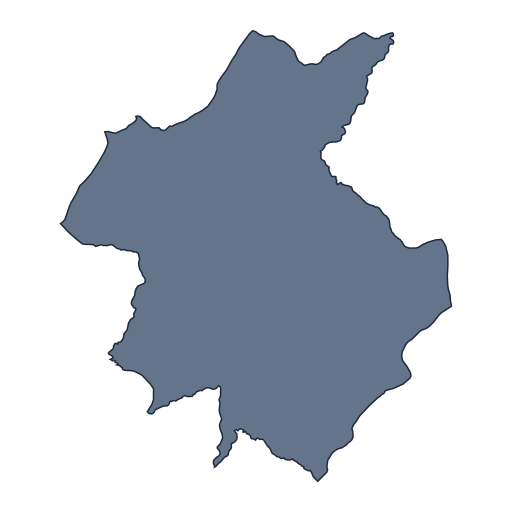 the district of Páez, Boyacá, Colombia
{"feature_id": "7082276B49287929101879", "entity_name": "Páez", "entity_type": "district", "adm_level": 2, "iso_a3": "COL", "parent_name": "Colombia", "parent_adm1": "Boyacá", "projection": "mercator", "projection_center": [-73.017, 5.095], "detail": "fine", "context": "isolated", "style": "filled", "palette": "slate", "viewbox_px": 512, "rotation_deg": 0, "n_neighbors": 0, "source": "geoboundaries", "source_scale": "gbopen_adm2", "svg_char_len": 6019}
<svg xmlns="http://www.w3.org/2000/svg" viewBox="0 0 512 512"><path d="M60.5,223.6L68.4,232.0L76.9,239.6L82.5,243.9L84.8,244.3L93.3,244.6L95.7,246.4L100.9,244.8L102.0,244.8L103.2,245.6L105.6,245.3L106.6,245.7L110.4,244.7L111.6,244.7L113.5,245.6L117.0,248.4L119.9,249.0L120.8,250.0L124.4,249.6L126.7,250.6L131.0,250.8L132.0,251.0L133.0,251.9L136.0,252.0L138.3,253.3L139.6,258.8L138.6,263.4L139.1,266.6L140.0,269.8L141.9,272.9L142.4,275.0L145.2,278.9L145.0,282.4L143.9,283.4L138.0,286.0L136.1,288.7L135.0,292.1L134.7,295.5L131.8,300.7L131.3,303.2L131.7,304.5L133.3,306.9L134.3,308.0L135.4,308.3L136.0,309.4L134.0,313.1L133.7,313.9L134.1,316.4L133.1,317.9L130.6,319.4L128.5,323.1L127.4,328.8L126.6,330.7L124.2,333.4L123.2,338.3L122.0,340.4L120.6,341.9L118.1,342.4L117.8,344.1L116.1,343.4L114.9,343.6L113.6,345.8L113.4,348.5L108.6,352.6L108.4,353.3L108.7,354.0L111.9,355.8L113.1,357.4L112.8,358.1L110.2,359.4L112.8,360.8L114.2,360.4L114.9,360.6L115.2,362.5L116.3,362.4L118.1,364.1L118.0,364.4L116.9,364.9L119.4,365.5L122.4,368.0L122.6,369.2L123.3,369.8L124.8,370.3L132.4,370.7L135.9,372.0L141.2,374.7L142.5,375.7L150.5,384.3L153.5,388.7L153.5,399.8L151.7,404.7L147.3,411.8L149.2,413.6L152.3,413.8L154.0,412.5L154.9,410.2L155.7,409.5L162.9,406.2L167.6,405.7L168.8,404.4L169.9,401.6L170.3,401.3L171.3,401.5L172.3,400.9L174.5,400.6L175.8,401.0L178.5,399.2L181.0,398.3L182.2,397.5L183.2,396.0L185.1,395.8L188.1,396.6L192.3,396.3L193.0,394.9L195.0,393.9L196.5,391.8L200.0,390.5L202.5,390.5L203.1,389.5L204.7,388.9L205.7,388.0L208.6,387.7L212.6,389.1L214.6,389.1L216.4,388.2L218.5,385.8L220.4,386.9L220.7,388.4L220.5,396.0L219.1,399.4L219.2,400.7L220.0,402.7L219.2,409.9L219.7,413.2L221.7,418.9L219.7,424.1L219.5,425.9L220.2,429.2L222.2,434.5L222.6,438.0L220.3,443.7L217.2,447.1L217.5,448.7L218.6,449.5L220.0,452.2L220.0,454.0L218.8,455.9L216.5,457.4L213.6,460.3L213.3,462.1L213.7,464.1L214.6,465.9L214.4,467.1L215.7,466.6L216.5,465.3L217.2,465.0L218.1,463.7L220.5,461.9L224.8,457.0L227.5,455.8L228.1,454.9L228.8,451.4L230.7,449.1L231.3,447.6L231.4,443.8L235.1,441.7L236.8,439.2L237.1,437.0L236.7,435.2L236.9,433.8L234.4,430.9L235.1,430.0L236.6,429.6L237.5,430.7L237.9,430.7L239.4,429.2L240.6,428.8L243.5,429.8L243.8,430.3L242.8,431.9L243.2,432.3L245.5,431.5L246.9,433.9L248.5,434.2L249.4,434.8L250.6,435.9L251.0,438.3L251.4,438.6L253.5,438.9L255.6,440.1L256.4,438.7L257.6,438.1L259.6,439.3L262.9,439.4L263.8,440.2L267.2,445.6L270.0,448.5L272.3,453.5L274.2,454.3L276.8,456.6L278.8,456.9L280.7,458.3L282.0,458.5L283.7,457.9L285.1,459.4L287.8,460.0L290.2,459.9L292.5,459.0L293.7,460.3L297.0,462.0L298.0,463.3L301.1,465.0L301.6,465.9L303.8,467.0L303.9,468.4L304.6,468.9L307.9,470.6L309.0,470.8L310.0,470.4L311.5,472.4L313.3,476.8L317.8,481.3L326.8,472.2L327.6,469.7L326.9,466.9L327.7,460.4L332.0,453.3L334.8,450.8L337.8,448.9L341.9,447.7L346.0,445.2L347.8,443.1L350.0,441.6L351.8,439.7L352.9,437.6L353.1,435.6L352.7,431.3L352.0,428.6L352.3,427.3L353.9,424.2L355.6,422.3L359.8,415.7L369.0,406.0L378.0,397.5L380.0,396.4L381.8,394.4L383.4,393.7L384.5,392.5L385.4,390.6L393.7,388.3L403.0,384.1L409.9,378.2L410.9,376.0L410.6,373.5L409.9,371.6L406.7,366.0L403.4,361.8L402.4,359.9L401.7,356.0L402.1,352.2L405.4,345.1L407.4,342.5L410.2,340.1L411.3,339.8L419.8,331.4L421.7,330.0L425.4,328.8L428.4,327.1L433.3,322.4L439.2,314.8L441.7,312.5L451.5,306.2L450.5,301.1L450.1,295.4L448.3,289.0L447.7,285.3L447.3,275.7L447.9,265.6L447.8,255.1L445.7,246.2L442.9,241.3L441.3,239.4L435.3,240.0L428.0,242.2L422.8,244.5L418.5,247.3L416.2,248.0L410.4,248.1L408.1,247.8L405.2,246.6L404.0,245.6L402.2,242.2L399.9,239.3L399.0,239.0L394.6,235.5L393.3,233.4L391.7,231.9L391.0,229.2L389.9,227.1L389.6,222.6L388.8,219.3L386.2,216.0L384.3,214.9L382.7,213.1L379.4,208.4L377.1,207.0L375.2,207.1L373.3,205.7L369.8,204.9L365.8,202.9L364.3,200.9L362.6,199.7L360.1,196.7L357.5,194.8L355.9,193.1L352.9,191.1L351.6,187.2L347.4,185.5L345.3,185.4L343.1,184.4L342.3,184.5L341.3,182.6L340.3,182.7L338.1,184.3L337.2,184.4L337.0,183.1L336.2,182.4L336.8,180.4L335.9,178.9L336.0,177.0L335.1,176.5L332.0,176.5L331.5,176.0L328.6,169.8L329.2,167.9L329.1,167.1L325.9,164.8L324.5,161.0L321.8,159.7L321.1,158.6L320.8,156.0L321.1,152.7L320.4,151.3L322.5,149.9L324.3,147.5L325.3,144.8L329.0,142.6L333.4,141.9L336.0,142.0L340.1,140.6L341.3,138.9L341.6,135.8L342.1,135.2L344.8,133.7L345.4,131.9L344.5,128.8L343.5,127.8L342.1,127.2L342.4,126.5L344.0,125.5L348.9,124.2L349.7,123.6L350.6,121.5L351.3,116.1L354.5,112.6L357.0,106.0L357.9,104.9L359.1,104.4L363.1,103.8L364.4,102.7L365.1,97.9L367.4,93.8L368.0,91.3L366.1,88.9L365.8,87.9L367.6,80.0L367.5,78.6L366.6,76.9L367.3,75.7L370.7,73.8L371.9,72.7L372.2,71.8L371.8,68.3L372.5,66.7L375.5,64.8L377.9,61.6L380.3,60.6L382.3,60.3L384.2,58.8L385.2,54.6L387.9,52.3L388.7,50.8L388.5,47.6L389.3,44.9L390.9,44.0L393.0,44.0L393.3,43.7L393.6,42.1L393.3,40.6L390.0,38.2L390.5,37.1L391.6,36.6L392.6,36.5L393.5,35.9L393.2,33.6L392.1,32.8L387.8,33.9L382.8,36.0L381.6,36.1L379.5,38.1L378.4,38.6L377.0,38.3L374.5,38.7L369.7,36.3L364.8,33.1L363.0,33.0L354.9,37.8L350.1,39.4L337.0,49.7L331.6,51.9L329.9,53.6L327.0,54.5L325.3,56.6L323.7,57.3L321.0,61.9L318.2,63.9L315.3,64.5L313.3,63.9L310.5,63.9L304.6,65.4L298.4,61.0L296.2,56.6L294.5,51.3L289.0,45.7L284.0,41.6L278.5,39.9L276.0,38.4L274.4,36.7L272.8,35.9L264.7,36.5L259.0,34.3L255.8,31.8L252.7,30.7L249.6,33.6L239.0,48.1L235.5,55.0L231.8,60.4L226.5,70.1L221.8,76.2L218.6,81.2L217.1,84.5L217.1,89.4L214.8,95.8L212.9,99.2L207.7,106.4L202.2,110.5L198.1,112.9L194.9,114.2L189.7,117.7L188.2,119.2L184.5,121.2L175.8,124.3L172.1,126.3L171.1,126.4L169.7,126.0L165.9,129.7L163.8,130.6L160.7,129.6L159.1,127.8L153.1,127.9L151.4,127.2L142.2,118.8L140.4,116.7L137.8,116.0L135.8,116.4L136.7,118.9L135.5,120.8L132.3,123.6L128.8,125.5L126.2,128.6L121.8,130.3L115.8,133.2L111.7,132.5L108.4,131.5L104.8,131.8L107.1,138.8L108.0,143.1L107.2,145.9L104.1,152.8L98.1,163.0L91.2,173.7L84.0,181.9L79.7,185.8L76.2,193.8L71.3,202.2L69.5,206.1L65.0,219.3L63.4,221.4L60.5,223.6Z" fill="#64748b" stroke="#1e293b" stroke-width="1.5"/></svg>